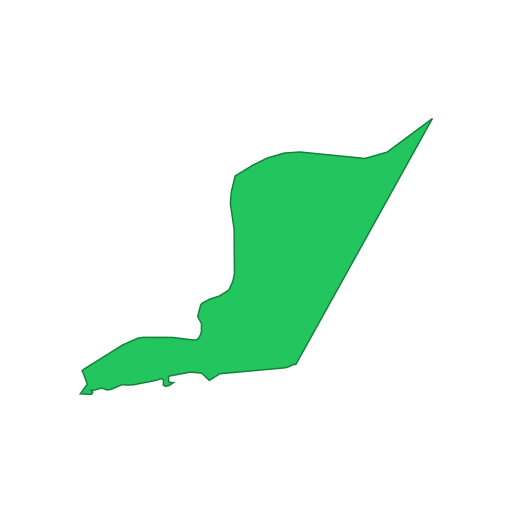 outline of Al Iskandariyah, rotated 211°
{"feature_id": "EGY-1543", "entity_name": "Al Iskandariyah", "entity_type": "Governorate", "adm_level": 1, "iso_a3": "EGY", "parent_name": "Egypt", "parent_adm1": "", "projection": "mercator", "projection_center": [29.899, 30.835], "detail": "fine", "context": "isolated", "style": "filled", "palette": "green", "viewbox_px": 512, "rotation_deg": 211, "n_neighbors": 0, "source": "natural_earth", "source_scale": "10m", "svg_char_len": 1002}
<svg xmlns="http://www.w3.org/2000/svg" viewBox="0 0 512 512"><g transform="rotate(211 256 256)"><path d="M166.0,183.5L168.0,182.4L170.6,178.3L173.4,175.2L226.4,136.4L232.0,125.3L242.0,127.7L252.4,122.7L269.1,107.9L265.9,103.1L264.5,103.4L261.5,105.0L263.5,100.7L266.3,97.7L269.1,97.7L271.3,102.1L274.0,102.1L278.1,97.5L294.8,82.4L299.8,79.1L304.5,76.8L311.7,66.8L314.6,64.5L319.6,63.5L322.4,61.2L324.8,58.4L328.2,55.9L327.1,55.4L326.1,55.4L325.6,54.8L325.8,52.7L335.6,47.3L334.6,59.3L344.7,67.4L346.0,67.8L345.2,70.4L324.4,111.3L314.7,125.0L310.6,128.3L286.2,142.9L265.7,152.1L263.9,153.6L263.4,154.3L263.0,155.7L262.8,157.4L263.2,160.8L263.7,162.1L264.0,163.6L265.5,165.7L267.8,169.9L274.9,174.2L278.1,185.3L277.9,187.7L273.5,195.1L266.9,202.7L261.7,212.8L262.8,222.4L265.4,229.8L288.5,267.6L305.1,287.9L310.2,298.3L315.1,313.9L305.4,332.4L296.5,346.2L284.8,358.8L271.9,367.8L213.0,395.6L197.1,412.6L175.6,464.7L166.0,183.8L166.0,183.5Z" fill="#22c55e" stroke="#15803d" stroke-width="1.5"/></g></svg>